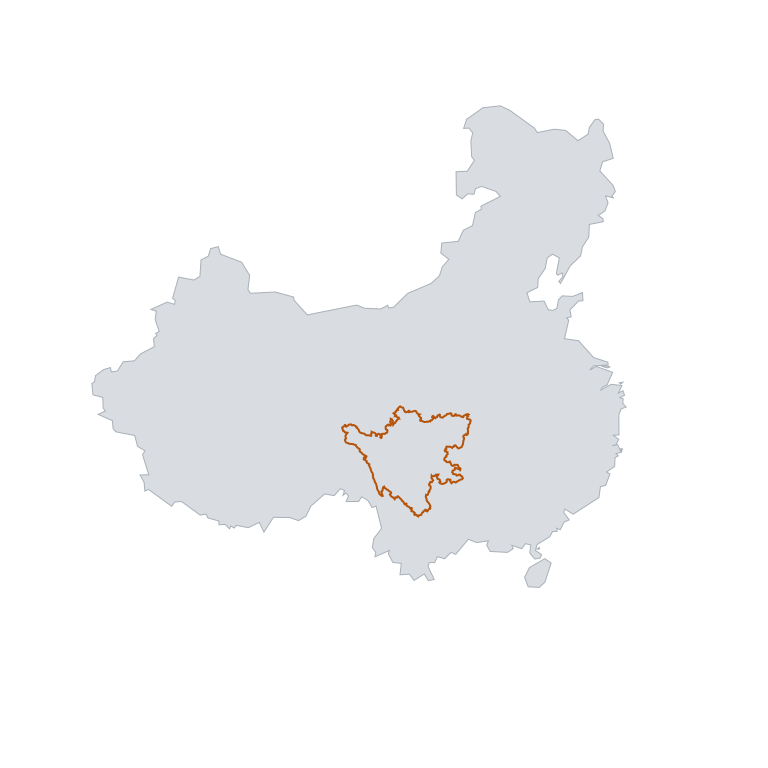 Sichuan highlighted on a map of China, rotated 344°
{"feature_id": "CHN-1809", "entity_name": "Sichuan", "entity_type": "Province", "adm_level": 1, "iso_a3": "CHN", "parent_name": "China", "parent_adm1": "", "projection": "orthographic", "projection_center": [103.034, 30.167], "detail": "fine", "context": "in_parent", "style": "outline", "palette": "amber", "viewbox_px": 768, "rotation_deg": 344, "n_neighbors": 0, "source": "natural_earth", "source_scale": "10m", "svg_char_len": 9809}
<svg xmlns="http://www.w3.org/2000/svg" viewBox="0 0 768 768"><g transform="rotate(344 384 384)"><path d="M456.3,579.9L439.9,574.2L438.3,567.3L441.1,563.6L429.4,562.0L422.3,556.5L406.0,567.5L402.0,564.3L394.1,568.7L387.8,564.7L383.5,569.6L378.3,568.1L376.0,571.2L378.4,585.8L372.4,585.2L370.4,577.7L358.7,581.1L356.0,573.8L346.8,571.8L351.2,561.2L343.3,557.9L341.3,548.3L343.4,545.5L327.7,547.6L329.7,543.5L327.7,538.0L331.5,529.9L341.9,522.1L342.7,499.3L338.5,499.4L336.4,491.4L331.4,486.3L327.3,489.9L315.2,486.6L319.0,482.1L317.5,478.2L313.9,479.7L316.7,475.5L313.2,472.6L305.3,477.6L296.7,473.3L280.1,481.2L272.5,489.6L264.2,491.8L256.5,486.3L240.9,481.7L227.8,493.3L225.9,482.6L214.0,484.7L203.0,479.2L200.4,481.2L197.6,478.3L195.6,480.7L192.8,475.3L186.6,473.8L187.5,470.2L177.8,464.2L177.0,459.9L171.2,459.4L157.0,441.2L150.3,439.7L146.2,443.0L128.6,420.5L124.6,421.0L126.3,412.4L124.4,404.2L132.9,406.4L132.4,385.5L135.8,382.3L129.9,376.1L130.2,364.8L113.1,356.1L111.3,352.3L112.8,344.4L100.8,334.4L108.7,333.1L107.4,329.8L110.0,319.4L101.3,314.2L103.3,303.0L106.3,302.1L109.0,296.4L118.4,292.9L125.5,292.8L125.3,297.2L131.3,298.1L139.3,290.8L150.6,292.9L158.1,288.0L173.5,284.8L175.0,276.7L179.2,274.8L178.4,272.4L182.4,271.6L181.8,258.9L185.2,251.3L180.5,248.1L198.1,245.5L204.6,249.7L206.4,246.1L204.4,243.4L216.0,224.6L230.0,231.7L236.8,229.7L242.3,214.3L250.3,212.7L254.7,206.1L262.7,206.3L262.6,214.1L280.7,227.7L284.8,242.6L279.3,255.5L280.6,260.0L304.8,265.6L321.1,275.5L320.6,278.6L329.3,296.4L379.5,300.6L386.0,305.7L401.5,311.0L409.4,309.3L409.4,312.2L414.3,312.9L431.8,303.4L457.1,300.3L467.1,295.3L472.3,287.5L480.7,282.0L474.7,273.9L478.4,264.5L494.7,267.3L502.6,258.1L512.8,256.1L519.0,244.5L525.8,242.8L526.2,239.8L547.5,235.7L544.8,229.8L532.0,220.8L525.6,221.6L522.8,226.4L517.1,224.3L510.0,227.5L505.7,222.2L511.8,199.8L522.6,202.4L532.6,193.9L530.9,189.8L534.6,174.0L538.5,167.1L536.2,161.4L531.0,160.3L536.4,152.3L555.3,145.7L572.5,148.7L580.5,155.8L599.2,179.6L600.7,184.6L617.8,186.0L628.5,190.3L637.5,203.6L649.0,200.1L652.3,193.8L659.8,188.0L663.2,188.5L666.7,194.8L664.3,201.2L667.2,214.7L666.6,230.2L655.3,230.7L650.2,238.7L659.0,256.4L659.4,262.8L654.6,266.4L656.3,268.6L648.8,264.2L649.3,271.6L644.1,278.5L636.4,281.0L640.0,285.3L639.6,288.4L625.3,287.2L621.4,299.1L612.5,306.9L608.3,315.0L595.5,321.8L581.4,336.0L580.3,333.6L585.5,330.2L586.1,326.4L580.8,327.3L580.2,325.2L587.3,311.1L581.8,305.7L575.7,307.7L570.7,317.5L561.2,325.4L558.4,333.5L546.6,335.7L546.8,345.2L560.7,348.4L562.4,357.8L566.3,359.8L571.1,358.9L574.9,351.2L579.5,348.4L589.5,351.8L600.0,350.8L598.2,358.8L593.7,357.9L583.1,364.1L582.5,371.0L577.7,370.8L579.2,373.5L570.0,390.2L583.0,396.1L592.8,416.4L605.1,424.7L604.8,427.5L590.4,424.3L585.5,427.4L592.8,425.6L607.0,435.8L598.2,446.4L593.2,447.2L590.7,449.6L602.3,446.9L612.3,451.1L606.8,457.3L611.9,456.3L612.1,461.1L606.9,462.1L609.8,464.0L608.2,468.5L610.4,472.9L605.1,473.3L601.3,478.2L595.8,497.7L590.3,496.5L594.4,502.0L590.1,506.4L586.2,506.1L592.0,506.8L593.0,514.9L587.8,514.9L589.4,517.6L585.8,518.5L583.0,526.8L573.6,530.0L576.4,532.7L569.2,542.5L563.7,542.4L559.3,552.4L530.0,561.3L523.4,554.1L521.3,556.8L524.6,565.7L519.0,566.4L513.2,572.7L510.3,570.2L509.8,573.4L505.3,572.3L501.3,576.5L486.7,580.5L483.7,585.9L488.4,591.2L486.5,594.3L480.7,593.8L477.6,586.6L480.7,579.0L476.0,576.5L471.0,580.3L462.4,574.3L462.8,577.9L456.3,579.9ZM490.4,596.2L495.3,602.2L484.0,618.9L477.2,622.3L466.7,618.7L465.9,608.6L473.2,600.6L490.4,596.2ZM606.3,430.0L602.5,429.9L598.6,427.1L601.4,427.3L606.3,430.0ZM614.1,448.1L611.4,449.3L610.5,447.7L614.1,448.1ZM595.2,511.9L593.9,514.3L593.8,511.5L595.2,511.9ZM485.3,585.0L488.2,583.8L488.1,585.3L485.3,585.0Z" fill="#d9dde1" stroke="#a8b0b8" stroke-width="1"/><path d="M456.9,436.7L455.2,437.2L455.8,438.2L455.0,438.5L454.2,440.1L454.3,440.4L456.8,441.9L457.2,442.5L457.2,443.3L456.5,444.0L456.1,445.2L455.5,445.9L454.1,446.5L453.6,448.8L452.1,449.9L452.2,450.5L451.8,452.5L451.0,453.7L451.3,454.2L451.1,454.8L449.9,455.8L449.5,455.8L448.7,454.7L447.9,455.3L446.5,455.5L445.9,456.1L445.6,456.9L446.1,457.9L446.0,458.5L445.3,459.7L444.9,460.0L443.3,463.6L441.1,466.1L440.3,466.1L438.4,466.5L437.6,466.3L436.7,464.8L436.2,463.4L435.4,462.5L434.9,462.9L434.1,462.8L433.8,463.5L432.6,463.6L431.9,464.2L430.5,462.6L428.0,461.9L427.1,461.4L426.6,461.6L425.9,462.9L426.0,463.6L424.9,463.6L424.8,463.9L425.0,464.5L424.0,465.0L424.1,465.5L426.3,467.0L425.9,467.9L425.9,469.0L424.2,469.8L424.0,471.0L423.4,471.0L423.0,471.4L422.2,471.5L421.1,473.0L421.2,474.1L421.5,474.6L422.4,475.1L422.6,476.2L423.1,476.6L425.4,477.2L425.7,476.7L426.0,476.7L426.5,480.6L427.2,481.6L428.0,481.8L429.5,481.0L430.8,481.7L431.7,481.7L432.5,482.1L432.9,484.6L434.2,486.3L434.1,486.9L433.4,487.7L433.1,486.7L431.8,486.1L429.3,484.0L428.7,484.8L428.4,485.9L427.1,486.2L426.4,486.1L425.9,486.4L425.7,487.1L425.2,487.6L425.7,488.3L425.7,489.7L428.2,490.6L428.5,492.0L429.9,492.2L431.1,491.7L431.9,492.0L432.2,492.3L432.3,493.2L433.4,494.0L433.9,496.3L432.7,497.1L431.1,496.9L430.4,497.3L428.8,497.4L428.1,497.9L427.1,497.9L425.8,498.5L424.3,497.2L423.8,497.1L422.5,497.4L421.6,498.0L420.8,496.2L421.2,495.4L421.4,494.3L420.4,494.3L420.0,493.5L418.7,493.1L417.7,493.6L417.5,495.1L416.7,495.7L415.4,496.1L414.5,496.0L413.2,496.4L411.9,495.9L410.3,494.6L410.1,493.8L411.4,493.2L411.0,491.9L411.2,491.4L410.6,490.6L409.6,490.3L409.3,489.8L409.1,487.2L410.6,486.8L411.3,486.0L410.6,485.8L409.6,486.0L409.0,485.6L408.9,485.9L407.2,486.3L406.7,486.0L405.8,486.3L404.7,486.0L404.5,485.4L403.7,487.4L404.7,490.1L402.9,491.6L401.9,490.9L401.1,491.3L400.7,492.0L399.7,492.7L399.6,493.9L400.1,494.0L400.4,494.9L401.0,494.7L400.5,495.2L400.3,496.5L399.7,497.7L397.7,499.3L397.9,500.0L396.9,500.3L395.8,502.4L394.2,502.8L393.8,502.3L393.0,504.0L393.3,506.1L392.9,507.5L393.1,507.9L393.2,508.9L394.0,510.2L394.7,512.5L394.7,513.3L395.0,513.9L394.8,514.5L394.3,514.8L394.4,516.0L394.2,516.4L393.7,516.7L392.9,516.4L390.5,518.4L389.6,517.8L389.8,516.7L389.1,516.2L388.4,516.8L387.1,517.1L386.4,517.9L385.3,518.2L383.6,520.1L381.3,519.9L380.5,520.8L379.6,520.0L379.4,518.9L378.3,518.1L377.6,518.5L377.3,518.3L377.2,517.2L377.9,516.6L378.0,516.3L376.8,514.6L375.7,514.1L375.3,513.6L376.3,511.8L376.4,510.8L376.0,510.7L375.5,511.4L375.1,511.3L374.6,509.6L372.3,507.4L372.1,506.9L372.6,505.5L372.5,505.1L371.7,505.0L370.9,505.3L370.6,505.2L370.2,502.7L369.6,501.7L369.0,501.2L369.0,500.2L366.6,495.9L366.1,495.7L365.2,496.7L363.9,496.2L362.5,497.7L362.3,497.3L362.2,496.0L361.2,495.5L359.7,493.5L359.2,491.8L360.8,490.9L360.7,489.7L359.0,487.9L358.3,486.5L357.2,485.9L357.0,485.0L355.9,484.0L355.8,482.7L354.6,483.1L354.3,484.0L353.7,484.6L353.2,486.1L351.8,486.6L351.6,486.9L351.9,487.7L351.7,489.4L352.0,490.4L351.7,492.1L351.6,491.4L350.3,490.1L350.3,489.7L349.8,489.2L349.1,487.9L349.3,487.0L349.3,485.8L348.8,484.8L348.5,482.5L348.8,480.8L348.8,477.3L348.3,476.2L348.2,472.8L347.6,471.5L348.0,470.0L347.9,469.3L348.5,468.0L348.3,466.1L347.8,464.9L347.7,460.7L347.4,460.3L347.4,459.1L347.1,457.9L347.8,457.1L345.9,455.0L345.7,454.7L346.1,453.5L345.3,452.5L344.9,451.7L343.9,451.0L344.1,450.8L344.2,449.4L344.5,449.1L344.9,449.1L345.8,450.3L347.2,448.7L344.0,445.3L343.7,444.2L342.2,442.3L342.2,441.4L342.5,441.0L342.7,440.0L341.1,438.0L340.2,436.3L340.1,434.9L338.7,434.2L338.0,433.4L334.1,431.9L333.5,431.1L333.0,431.0L331.6,429.9L331.2,429.1L330.9,427.2L331.4,426.5L332.6,425.8L332.4,424.3L332.6,423.4L334.1,421.6L335.1,421.3L335.5,420.8L333.0,419.6L332.7,418.4L332.1,418.1L331.7,417.6L331.9,416.0L331.6,414.8L331.9,414.2L334.4,413.5L334.8,412.7L335.0,412.6L335.4,412.6L335.8,413.2L336.0,414.6L337.3,414.3L339.2,413.4L341.3,413.8L341.9,415.0L343.5,415.0L345.9,417.6L345.5,418.3L346.7,420.0L347.1,421.9L347.0,422.7L348.0,424.5L351.6,426.5L352.6,428.3L355.2,429.1L357.1,430.3L357.5,430.2L358.0,428.0L358.7,427.7L359.0,426.6L359.9,427.6L361.1,427.9L362.2,429.2L362.3,430.4L361.8,431.4L362.1,431.8L363.0,431.9L363.4,430.7L365.0,430.3L366.0,431.4L366.8,433.0L365.7,434.3L366.4,435.1L367.2,434.5L367.7,432.6L368.1,432.0L368.1,431.4L369.9,431.7L370.9,432.2L372.5,431.5L373.2,431.7L373.7,431.5L374.5,429.7L374.4,429.0L373.5,428.4L373.3,427.9L373.4,426.7L374.0,425.2L375.5,424.6L376.1,424.9L376.5,424.2L376.9,424.2L377.8,424.7L378.7,425.8L379.1,425.6L380.1,423.8L379.4,423.1L379.4,422.2L379.7,421.7L380.5,421.1L380.9,419.3L381.9,420.1L381.9,420.7L382.3,421.6L381.9,423.0L381.2,424.1L381.5,424.9L381.5,425.8L383.0,424.5L384.2,424.4L384.8,423.3L385.8,423.0L386.4,422.3L387.5,421.9L388.3,421.3L388.3,421.1L388.6,421.2L388.2,420.4L388.6,420.2L387.2,419.3L386.8,418.7L387.0,417.7L386.4,417.7L386.8,417.4L386.0,416.7L386.2,416.4L385.1,414.8L386.3,414.3L387.4,414.4L388.3,413.1L390.3,412.9L390.3,412.6L389.6,412.2L389.8,411.9L391.1,411.2L391.8,410.5L393.4,410.0L394.5,411.3L395.9,412.1L396.0,415.0L396.5,415.6L396.5,416.6L396.9,417.0L397.7,417.3L398.7,417.3L400.4,416.5L400.6,416.6L400.2,417.7L400.3,418.0L401.5,417.9L402.9,418.4L404.6,418.3L406.6,418.4L407.1,418.8L407.5,419.5L407.5,420.8L408.8,422.5L409.9,423.1L408.7,423.6L408.9,424.8L410.3,426.9L410.0,427.8L409.2,428.0L408.9,428.4L408.8,429.3L409.2,429.6L410.2,429.9L412.3,431.7L415.0,432.1L415.8,432.5L417.5,432.1L418.2,432.7L419.1,431.8L420.0,432.0L421.8,430.7L421.9,430.3L421.1,429.2L421.4,428.6L421.9,428.3L422.4,428.2L423.1,429.7L423.3,430.7L423.9,431.1L425.1,430.3L426.0,430.4L426.8,429.1L429.1,428.7L429.3,429.0L428.8,430.2L428.9,430.9L429.5,431.7L430.8,432.4L431.4,432.4L432.5,431.7L435.3,431.1L436.3,430.2L437.7,430.5L439.9,430.4L440.6,431.1L440.3,432.9L440.5,433.2L442.5,434.0L443.9,432.9L444.6,432.8L444.8,434.4L447.1,434.6L448.5,435.7L449.4,436.8L450.9,437.7L451.1,437.6L451.2,436.9L451.6,436.6L453.2,436.4L453.9,436.0L456.3,436.0L456.9,436.7Z" fill="none" stroke="#b45309" stroke-width="2"/></g></svg>